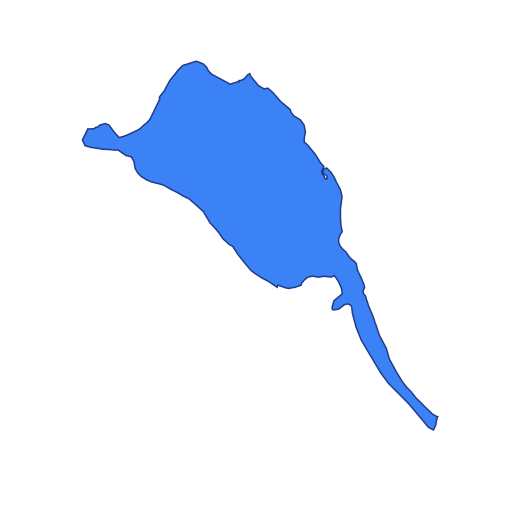 the district of Sahil Silim, Asyut, Egypt, rotated 170°
{"feature_id": "37247803B82943552263009", "entity_name": "Sahil Silim", "entity_type": "district", "adm_level": 2, "iso_a3": "EGY", "parent_name": "Egypt", "parent_adm1": "Asyut", "projection": "natural_earth1", "projection_center": [31.355, 27.093], "detail": "fine", "context": "isolated", "style": "filled", "palette": "blue", "viewbox_px": 512, "rotation_deg": 170, "n_neighbors": 0, "source": "geoboundaries", "source_scale": "gbopen_adm2", "svg_char_len": 3095}
<svg xmlns="http://www.w3.org/2000/svg" viewBox="0 0 512 512"><g transform="rotate(170 256 256)"><path d="M398.4,410.1L399.5,410.4L406.8,400.4L405.2,394.3L399.6,391.6L394.5,389.9L387.8,387.6L382.6,386.5L376.4,384.8L373.4,384.3L366.7,377.6L361.6,375.3L360.8,373.2L359.8,370.3L359.8,363.2L358.0,358.2L355.2,354.2L350.7,350.2L346.1,347.1L341.5,345.1L335.0,342.1L327.7,336.0L322.2,332.0L318.9,329.1L317.6,327.9L312.0,323.9L304.7,314.8L300.1,308.8L299.0,305.8L297.4,301.7L295.6,296.7L291.0,289.7L288.2,284.7L285.5,278.6L280.0,271.6L277.2,269.6L276.5,267.6L276.4,267.7L273.6,260.8L268.1,250.7L263.5,242.7L260.8,239.7L254.3,233.6L247.9,228.6L240.6,221.5L239.6,223.5L232.3,219.5L229.5,218.4L223.1,218.4L222.0,218.6L217.5,219.2L216.6,219.4L215.7,221.4L212.0,224.4L208.3,226.3L203.6,226.3L198.1,224.3L192.6,224.2L185.2,222.2L183.1,222.8L182.2,223.1L180.4,219.3L179.2,216.3L178.0,211.7L177.5,209.2L177.5,205.3L177.5,203.9L178.7,203.1L181.6,201.5L187.0,198.4L189.9,192.5L190.2,190.6L189.3,189.4L183.8,189.3L177.4,192.7L173.8,192.9L171.1,190.9L170.6,188.8L171.0,182.9L169.8,168.5L166.9,154.7L153.4,119.1L147.7,107.6L131.6,84.5L127.1,76.8L115.8,57.2L111.4,53.8L109.8,56.1L108.4,58.2L107.4,61.2L105.6,65.2L105.3,66.0L105.2,66.1L105.3,66.1L109.7,69.7L116.1,78.5L119.8,83.9L123.3,88.7L126.8,95.3L130.4,100.6L132.3,104.1L133.5,106.4L138.2,118.2L140.2,124.4L142.5,131.1L143.7,142.5L146.2,150.2L148.2,156.1L150.0,168.3L150.2,168.5L150.4,169.6L150.6,172.1L151.1,175.4L151.8,178.5L152.9,183.4L153.5,185.9L153.9,187.8L154.2,190.5L154.7,193.7L155.1,197.7L156.4,199.4L156.8,202.7L154.5,206.2L154.7,209.3L155.3,212.1L156.3,216.8L157.6,220.8L158.5,225.2L158.6,231.2L160.1,233.7L163.0,236.8L163.1,237.1L163.3,237.4L163.9,238.3L164.5,239.3L166.7,244.3L169.1,247.2L171.4,251.1L172.2,255.1L171.5,259.0L169.1,262.7L166.9,264.9L167.0,271.5L166.2,279.1L165.1,285.0L164.5,288.2L160.9,299.7L161.5,307.3L163.4,312.9L163.5,313.0L164.1,315.0L165.3,319.9L167.7,325.5L171.0,330.3L172.6,330.2L175.3,329.2L175.2,326.5L175.0,324.8L173.2,323.8L172.3,322.3L172.3,319.8L174.4,319.7L175.2,323.0L176.5,325.5L176.7,328.2L173.6,332.2L176.2,336.5L179.9,345.6L184.9,354.7L188.7,360.1L187.7,364.8L185.8,369.5L185.9,376.6L188.7,382.4L194.1,387.1L196.4,391.0L196.9,394.4L198.0,395.7L204.6,403.4L211.0,414.0L215.1,419.2L219.1,419.2L220.3,420.2L224.1,423.5L230.0,434.0L230.5,436.7L233.2,435.6L234.1,434.6L236.9,432.6L239.7,431.6L242.4,431.7L242.4,430.6L243.3,430.7L244.3,430.7L251.6,429.7L268.2,442.8L269.7,445.1L270.8,446.8L271.9,450.6L272.8,451.8L274.8,454.5L278.8,456.9L280.9,458.2L291.6,456.8L294.9,456.4L300.0,453.0L301.2,451.9L302.2,451.0L304.2,449.2L308.4,445.6L310.8,443.3L313.3,440.1L315.3,437.6L316.2,436.4L318.0,434.1L321.7,431.1L323.6,429.1L323.6,427.1L336.6,409.2L340.3,406.2L344.0,404.2L348.6,401.2L351.4,400.3L358.7,398.3L364.5,397.0L369.8,396.4L370.8,397.3L371.8,399.0L372.7,400.3L374.2,402.7L375.1,404.5L376.3,407.0L378.0,410.5L381.5,412.6L383.6,412.4L385.4,412.2L387.1,412.0L389.7,410.4L391.9,410.5L392.8,409.5L394.4,409.6L395.1,409.6L396.3,409.8L397.5,410.0L398.4,410.1Z" fill="#3b82f6" stroke="#1e3a8a" stroke-width="1.5"/></g></svg>